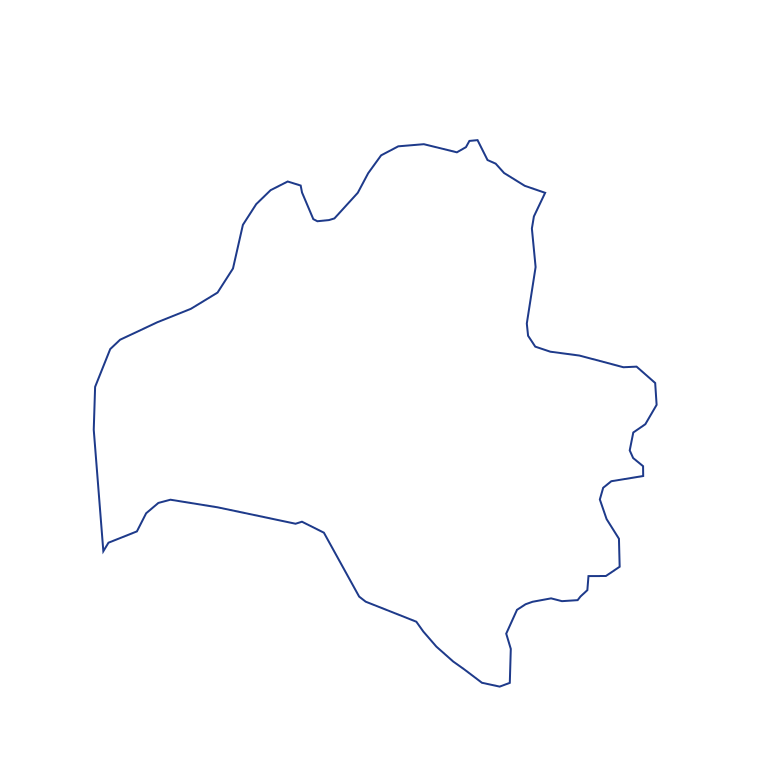 the district of San Juan Tecuaco, Santa Rosa, Guatemala, rotated 286°
{"feature_id": "79465075B56577131945853", "entity_name": "San Juan Tecuaco", "entity_type": "district", "adm_level": 2, "iso_a3": "GTM", "parent_name": "Guatemala", "parent_adm1": "Santa Rosa", "projection": "robinson", "projection_center": [-90.267, 14.073], "detail": "fine", "context": "isolated", "style": "outline", "palette": "blue", "viewbox_px": 768, "rotation_deg": 286, "n_neighbors": 0, "source": "geoboundaries", "source_scale": "gbopen_adm2", "svg_char_len": 1234}
<svg xmlns="http://www.w3.org/2000/svg" viewBox="0 0 768 768"><g transform="rotate(286 384 384)"><path d="M459.7,644.4L470.3,622.0L466.1,609.5L465.2,564.0L460.9,535.0L461.6,519.1L470.1,509.2L481.5,504.6L538.2,497.5L574.2,483.3L586.4,481.9L612.2,486.2L613.3,464.7L619.9,441.3L626.6,430.6L627.8,421.8L644.2,406.7L641.2,399.1L634.3,397.5L626.8,390.2L625.5,356.2L616.4,332.2L603.0,318.2L582.3,310.7L560.6,306.1L529.5,290.7L526.4,285.9L522.1,275.1L523.0,270.6L545.5,252.4L551.8,249.2L552.1,235.6L539.1,221.6L521.7,211.6L498.1,204.5L453.4,207.0L426.0,198.8L403.0,177.6L380.9,149.1L353.8,118.1L342.1,111.2L301.6,107.1L260.0,117.6L145.9,160.3L155.5,162.9L174.2,187.1L194.2,191.0L207.5,199.9L213.9,210.6L219.6,258.1L225.3,337.5L229.0,343.1L224.5,367.2L172.8,418.7L169.7,426.4L164.4,480.6L156.9,490.0L146.0,506.7L136.3,527.0L131.9,539.5L123.8,560.5L125.0,578.6L131.4,587.3L164.3,578.9L177.7,570.3L203.6,574.1L211.3,580.8L215.6,586.8L224.0,603.7L224.3,614.9L229.6,629.7L234.0,631.5L241.9,636.3L255.7,633.5L260.6,650.2L273.3,660.9L300.0,652.5L315.5,635.2L332.5,623.3L344.7,623.3L353.2,629.3L367.0,658.5L376.4,655.7L381.5,643.9L387.9,638.5L406.1,637.0L417.4,646.3L439.1,651.8L459.7,644.4Z" fill="none" stroke="#1e3a8a" stroke-width="2"/></g></svg>